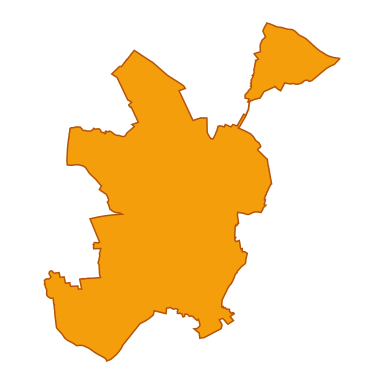 outline of Satu Mare, Satu Mare, Romania
{"feature_id": "2599482B28482924901010", "entity_name": "Satu Mare", "entity_type": "district", "adm_level": 2, "iso_a3": "ROU", "parent_name": "Romania", "parent_adm1": "Satu Mare", "projection": "equal_earth", "projection_center": [22.859, 47.796], "detail": "fine", "context": "isolated", "style": "filled", "palette": "amber", "viewbox_px": 384, "rotation_deg": 0, "n_neighbors": 0, "source": "geoboundaries", "source_scale": "gbopen_adm2", "svg_char_len": 5901}
<svg xmlns="http://www.w3.org/2000/svg" viewBox="0 0 384 384"><path d="M88.9,348.2L95.5,352.9L105.2,358.3L106.2,359.6L106.7,361.0L110.6,359.5L116.1,354.9L119.5,350.9L121.6,347.8L122.3,346.0L123.4,344.4L140.2,323.4L140.5,323.4L145.6,320.8L149.7,318.0L153.3,315.0L154.2,310.7L166.0,313.7L166.5,309.4L166.4,308.4L167.4,307.9L168.8,308.0L170.5,307.4L171.8,308.5L173.5,309.2L175.7,308.6L177.6,309.3L178.0,309.9L177.7,310.7L177.3,311.3L177.5,312.4L177.3,313.2L178.2,313.6L180.0,313.1L181.0,313.8L181.8,313.8L182.4,315.1L182.7,316.6L182.8,316.8L183.5,316.9L184.5,316.4L184.8,316.0L184.6,314.9L184.8,314.4L185.2,314.1L185.9,314.0L187.8,314.5L188.6,315.7L189.4,316.3L189.9,316.3L190.9,315.7L192.4,316.5L193.0,316.5L193.5,317.2L195.3,319.0L197.1,320.4L198.4,319.3L199.6,323.0L200.0,325.0L199.4,326.4L197.3,328.4L194.0,328.9L198.4,332.4L199.1,332.7L199.8,338.2L204.1,337.6L220.5,329.0L221.1,328.6L222.0,325.1L221.9,324.4L221.2,323.0L219.2,319.9L222.2,318.5L223.0,318.6L227.9,324.2L233.5,320.6L230.1,316.5L234.2,313.8L233.4,312.7L232.5,312.6L231.9,313.2L231.6,313.4L231.1,313.4L230.9,313.3L230.5,312.0L229.9,311.9L229.4,311.3L229.3,310.8L229.6,309.6L229.5,309.3L227.7,309.1L226.7,309.3L225.9,308.8L225.6,307.8L225.4,307.7L224.3,308.0L223.4,307.9L223.1,307.8L223.2,307.4L223.5,306.8L223.1,306.4L221.8,306.9L221.5,306.8L221.8,304.8L222.1,300.1L222.8,298.6L228.1,287.7L229.6,285.5L230.9,284.1L232.6,281.2L234.4,277.0L235.2,274.5L237.0,272.7L237.7,270.8L241.7,266.4L245.0,263.9L245.6,262.7L245.7,262.4L245.7,260.3L247.3,253.3L244.8,251.8L244.3,251.6L242.2,251.7L242.3,248.6L241.4,249.0L240.7,249.0L239.8,243.1L239.3,240.5L236.1,241.6L234.7,239.8L235.7,237.5L234.7,237.5L235.2,226.2L235.9,226.2L236.0,225.0L237.6,225.0L237.6,223.4L238.6,223.2L237.4,215.4L237.7,212.3L244.3,213.5L246.1,214.2L248.3,214.5L249.8,214.1L252.4,212.7L255.0,211.9L257.5,211.9L261.0,212.5L262.9,209.3L262.7,208.9L263.2,207.9L265.9,205.2L264.2,204.8L265.4,199.8L264.4,199.7L265.5,195.2L265.9,195.2L267.1,191.7L267.3,191.7L269.2,187.4L270.5,185.0L270.4,184.7L271.2,184.0L271.6,183.9L268.3,165.6L267.8,164.3L267.7,162.0L267.1,158.9L266.4,158.6L257.6,149.9L258.2,148.7L260.0,147.5L260.8,146.3L259.2,143.1L255.8,140.6L253.8,137.3L251.8,135.0L250.5,133.8L245.1,131.0L238.3,128.0L239.7,126.5L245.8,115.9L245.7,115.9L246.3,114.7L248.6,109.3L249.4,102.7L250.5,100.5L251.5,100.8L254.5,99.4L258.6,98.4L260.0,98.2L264.0,91.6L274.5,86.9L274.9,86.4L277.9,89.2L280.7,90.8L284.7,82.9L285.2,83.1L290.6,84.0L291.6,83.9L292.9,83.4L295.8,84.2L296.8,84.2L298.8,84.0L302.3,82.7L304.1,80.9L305.6,80.3L307.6,80.2L308.2,80.5L308.8,81.2L309.7,81.4L312.0,80.5L326.3,68.5L330.5,66.1L334.4,64.3L339.5,59.0L339.6,58.4L333.9,57.6L329.1,56.2L327.3,55.4L319.4,50.6L315.6,47.5L306.1,38.8L303.7,37.4L298.7,34.8L296.6,32.6L294.2,30.6L291.9,29.5L287.6,29.2L281.4,27.4L277.1,27.0L270.9,24.3L266.9,23.0L264.3,27.6L263.0,30.6L262.9,31.1L265.5,37.1L262.3,39.9L260.7,43.3L260.3,44.5L260.1,46.4L260.4,51.8L254.2,53.6L254.6,54.4L258.3,59.1L256.8,60.0L255.5,60.4L255.9,61.4L255.6,61.5L254.9,64.4L255.0,64.6L254.1,69.1L253.8,69.7L253.8,70.2L254.2,71.1L254.1,72.5L253.7,74.0L252.4,75.5L253.3,75.7L252.0,78.7L251.1,80.1L251.5,80.4L251.5,80.6L251.3,81.3L251.3,81.9L250.8,83.3L251.3,83.2L251.3,84.9L250.6,86.0L251.3,86.1L251.3,87.2L251.0,88.0L248.5,90.6L247.9,91.9L245.3,94.5L245.0,95.4L245.1,98.2L249.0,99.0L248.5,100.8L247.7,101.9L249.2,102.7L248.3,109.4L245.7,115.2L243.7,114.2L237.1,125.9L232.9,124.5L231.0,126.9L225.3,124.5L224.2,127.0L222.4,126.3L220.0,125.8L218.0,126.3L216.8,131.1L216.3,131.7L215.2,134.8L213.3,138.4L212.5,139.1L211.4,138.4L210.5,138.4L207.2,132.7L206.9,118.0L200.7,117.9L193.0,120.5L179.0,90.7L185.3,88.5L184.5,87.0L183.7,86.0L182.0,84.6L167.4,75.3L152.8,62.5L146.0,58.2L137.5,52.5L134.2,50.4L127.4,59.1L126.7,59.8L126.6,59.7L121.5,66.5L119.8,66.4L119.4,66.6L111.7,74.0L117.1,77.5L127.7,99.8L131.6,102.2L128.7,105.0L128.7,105.3L130.6,107.5L131.3,107.2L138.3,122.3L131.9,124.5L134.3,126.6L127.1,132.8L125.0,136.1L123.3,136.6L121.1,136.2L118.7,135.3L117.1,135.5L116.2,135.2L113.6,133.9L112.6,132.8L111.4,131.9L109.6,131.3L109.4,131.1L107.9,131.7L106.9,131.6L106.1,131.1L105.5,131.2L105.2,131.9L105.8,133.0L105.8,133.3L105.3,133.7L105.0,133.7L104.0,133.2L103.6,132.6L101.3,132.2L101.0,131.7L100.6,130.3L100.3,129.8L99.9,129.3L99.0,128.9L96.7,128.9L95.6,129.3L93.6,128.3L92.7,129.8L90.9,131.0L87.8,131.0L87.5,131.1L85.2,130.4L84.2,130.6L82.6,130.1L82.2,129.2L81.4,128.5L80.2,127.1L76.2,126.9L73.2,127.7L70.6,127.9L69.9,128.8L69.7,131.9L69.1,134.2L69.1,135.0L69.3,135.9L69.3,136.6L69.1,137.0L68.8,137.1L67.5,148.1L66.9,160.9L67.3,165.0L70.9,165.3L76.9,164.7L79.7,165.0L82.8,165.9L84.0,166.5L84.8,167.0L86.0,168.2L89.0,172.7L90.1,174.1L95.6,179.2L100.5,185.0L101.5,185.8L99.3,189.6L106.4,194.4L107.5,196.6L108.0,198.2L108.4,198.6L108.6,200.0L108.4,201.1L107.3,202.0L108.4,204.1L110.0,209.3L111.0,209.9L111.7,210.6L114.4,212.1L115.6,212.5L119.1,212.9L121.2,213.6L122.2,214.2L113.8,214.8L105.9,215.7L97.6,217.1L90.0,218.8L99.6,242.1L98.6,242.9L94.3,242.5L93.9,244.0L93.2,244.4L93.8,246.0L93.7,246.9L93.4,247.5L93.7,248.8L100.8,248.5L100.1,251.6L99.4,253.3L99.7,255.2L99.7,256.6L99.1,258.2L98.9,260.2L98.0,262.8L99.1,264.9L99.5,273.6L99.7,275.1L100.6,277.5L94.5,278.1L88.9,278.4L88.8,278.2L82.8,279.0L82.7,278.6L79.7,279.2L81.7,289.1L78.4,289.0L77.8,286.0L70.6,286.4L69.8,282.7L65.5,283.2L64.1,276.9L60.1,277.3L59.1,272.6L55.5,273.0L54.8,273.4L53.0,272.4L52.8,271.8L52.2,271.1L51.5,270.9L50.5,271.0L49.6,271.6L49.0,273.3L49.3,274.4L50.7,276.3L50.9,276.8L50.5,277.5L49.3,278.7L48.2,279.0L46.5,278.8L44.4,280.3L44.9,283.8L44.5,284.1L45.0,284.4L45.3,286.8L46.7,289.8L46.6,294.7L47.1,295.3L47.1,295.6L47.5,296.2L49.7,297.9L50.9,298.2L53.1,298.3L53.8,304.4L54.1,304.6L54.5,305.2L54.1,306.1L54.8,312.1L54.7,312.3L55.2,317.2L56.5,327.8L62.3,334.3L64.6,337.9L67.6,340.4L73.1,343.2L76.6,345.6L81.3,345.3L83.9,345.9L88.9,348.2Z" fill="#f59e0b" stroke="#b45309" stroke-width="1.5"/></svg>